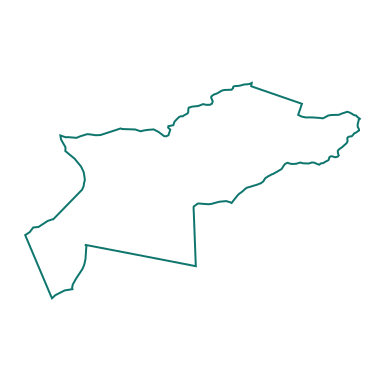 Derriere Dos, Anse-la-Raye, Saint Lucia, rotated 92°
{"feature_id": "8701671B59724395423262", "entity_name": "Derriere Dos", "entity_type": "district", "adm_level": 2, "iso_a3": "LCA", "parent_name": "Saint Lucia", "parent_adm1": "Anse-la-Raye", "projection": "natural_earth1", "projection_center": [-61.009, 13.927], "detail": "fine", "context": "isolated", "style": "outline", "palette": "teal", "viewbox_px": 384, "rotation_deg": 92, "n_neighbors": 0, "source": "geoboundaries", "source_scale": "gbopen_adm2", "svg_char_len": 5220}
<svg xmlns="http://www.w3.org/2000/svg" viewBox="0 0 384 384"><g transform="rotate(92 192 192)"><path d="M80.9,136.1L81.3,136.8L81.7,137.7L81.8,137.8L82.0,138.6L82.1,138.8L82.3,139.6L82.4,140.4L82.4,140.5L82.5,141.4L82.6,141.6L82.6,142.4L82.7,143.1L82.7,143.6L82.8,144.1L83.0,144.5L83.3,145.3L83.4,145.8L83.7,146.6L83.8,147.1L84.1,148.0L84.2,148.7L84.3,149.4L84.4,149.9L84.5,151.0L84.6,151.5L84.6,152.1L84.7,152.8L84.9,153.7L85.1,154.1L85.6,154.5L86.1,154.6L87.0,154.7L87.5,155.2L87.9,155.6L88.4,156.0L88.5,156.8L88.5,157.5L88.5,158.1L88.6,158.7L88.7,159.8L88.7,160.4L88.8,161.2L88.8,161.8L88.9,162.6L88.9,163.1L89.1,164.0L89.3,164.6L89.6,165.6L89.8,165.9L90.1,166.6L90.4,167.0L91.0,167.8L91.2,168.2L91.6,168.8L92.0,169.4L92.5,170.2L92.7,170.6L93.0,171.3L93.2,171.8L93.5,172.6L93.7,173.4L94.2,173.9L94.5,174.4L95.0,175.1L95.4,175.4L95.9,176.0L96.4,176.1L97.3,176.1L97.8,175.8L98.2,175.6L98.9,175.3L99.6,175.0L100.0,174.8L100.6,174.4L101.2,174.6L102.1,174.8L102.6,175.0L102.9,175.1L103.3,175.6L103.8,176.5L104.2,177.0L104.2,177.6L104.3,178.2L104.3,179.4L104.4,179.9L104.3,180.6L104.3,181.2L104.2,182.1L104.1,182.8L103.8,183.4L103.8,183.8L104.1,184.8L104.3,185.2L104.6,185.8L104.9,186.6L105.2,187.3L105.5,187.8L105.7,188.6L105.9,189.2L106.0,190.1L106.1,190.6L106.2,191.5L106.2,192.0L106.4,192.8L106.5,193.5L106.6,194.1L106.7,194.8L106.9,195.6L107.2,196.3L107.4,196.9L107.5,197.0L107.5,197.3L107.9,198.2L108.9,198.5L110.7,198.6L112.1,198.5L113.0,198.9L113.6,199.1L115.2,201.8L116.0,203.2L116.7,203.9L116.7,205.9L117.5,207.5L120.0,209.9L122.3,211.9L125.9,213.0L127.0,217.9L128.5,218.1L130.4,215.9L136.1,217.5L137.2,219.7L137.2,221.7L133.1,227.6L130.8,232.5L131.4,237.8L132.1,242.0L133.1,245.5L131.5,250.9L131.5,259.4L131.5,264.0L131.0,265.6L133.7,272.9L138.3,285.6L138.6,290.4L137.9,296.8L137.9,298.9L140.2,305.6L141.9,309.3L141.5,317.8L141.7,320.2L140.1,325.5L144.1,324.7L151.7,320.0L155.5,320.0L162.8,310.5L170.4,303.8L175.8,301.0L180.5,300.0L183.8,299.5L186.8,300.2L189.9,300.5L193.5,301.9L224.1,329.7L224.2,330.6L226.0,335.3L232.3,344.2L233.0,349.4L235.2,351.0L237.7,352.7L239.7,355.5L240.9,357.2L299.0,330.2L303.1,328.2L299.9,325.0L297.0,319.8L294.8,315.8L293.9,311.2L293.3,308.1L292.0,308.5L290.4,308.2L288.5,307.9L284.7,305.9L282.4,304.7L276.4,301.0L274.4,299.8L272.9,298.9L271.5,298.3L268.6,297.2L262.9,296.1L252.6,295.8L249.2,295.6L248.9,296.3L248.5,297.2L256.5,245.9L266.0,185.6L212.4,189.5L207.6,189.9L206.3,189.7L206.2,189.4L205.9,189.0L205.1,188.0L204.1,186.8L203.3,185.5L203.3,183.7L203.4,181.9L203.4,181.7L203.5,180.2L203.5,178.6L203.6,177.4L203.6,175.5L203.7,175.3L203.2,172.0L202.9,171.2L202.6,170.3L202.3,169.2L201.9,168.0L201.1,165.5L200.7,163.7L200.5,162.4L200.2,159.9L199.9,157.5L200.1,156.8L200.2,156.2L200.6,154.9L200.8,153.8L201.2,152.9L201.6,152.1L201.2,151.7L199.8,150.8L198.5,149.8L196.8,148.6L196.2,148.1L196.0,147.9L194.8,147.1L193.5,146.1L193.0,145.6L192.5,145.1L191.9,144.5L191.4,143.8L190.5,142.6L188.7,140.6L187.5,139.4L186.7,138.6L185.8,137.3L185.7,137.0L185.6,136.8L185.2,135.4L184.3,132.7L183.7,131.1L183.2,129.5L182.7,128.0L182.4,127.2L182.1,126.5L181.3,124.7L180.9,123.5L180.2,122.7L179.2,121.4L178.5,120.8L178.3,120.7L177.1,120.2L176.9,120.0L176.8,119.9L175.6,119.2L175.1,118.5L174.4,117.4L174.3,117.2L174.0,116.9L173.5,116.3L173.3,115.8L173.2,115.6L172.6,114.5L172.1,113.7L171.6,113.0L171.5,112.6L171.4,112.3L171.2,111.8L170.4,110.4L170.1,110.0L169.8,109.5L168.5,107.3L167.0,105.0L166.1,103.5L165.5,103.0L164.2,102.3L162.0,100.9L161.0,100.2L160.9,100.1L160.4,99.5L160.1,98.9L159.8,98.0L159.5,97.3L159.7,96.8L160.2,95.3L160.5,92.8L160.3,90.4L160.3,89.9L160.2,89.7L160.1,88.5L159.8,87.9L159.4,86.8L158.8,84.9L158.8,84.6L158.9,84.1L159.2,83.3L159.4,82.3L159.4,81.3L159.4,80.8L159.5,79.8L159.4,78.9L159.4,78.7L159.5,77.8L159.4,76.9L159.4,76.3L159.0,74.9L158.7,74.2L158.4,73.7L158.3,72.2L158.4,70.9L158.5,70.7L159.2,68.9L160.2,66.2L160.3,65.8L160.2,65.5L159.3,64.7L159.0,64.3L158.7,63.3L158.7,62.5L158.7,62.3L158.3,61.7L158.2,61.3L157.5,60.3L157.2,60.0L155.9,57.5L155.5,57.0L155.2,56.6L153.6,56.1L152.9,56.0L152.6,56.0L152.1,55.4L151.7,54.8L151.4,54.2L151.5,53.5L151.5,53.3L151.6,53.0L151.7,52.1L152.3,50.2L152.0,49.2L151.9,48.6L151.7,48.0L151.4,47.4L150.6,46.9L150.4,46.7L150.3,46.8L149.4,47.1L148.0,47.4L146.8,47.7L146.1,47.7L145.9,47.7L145.2,47.4L144.9,47.2L143.8,46.0L143.0,45.0L142.2,43.8L141.1,42.6L139.3,40.8L138.8,40.2L137.8,39.2L135.8,38.3L135.1,38.4L134.8,38.4L133.4,38.7L132.3,38.5L131.5,37.7L131.2,36.9L130.7,34.3L129.1,32.9L127.7,31.9L127.1,30.5L126.1,29.1L125.4,28.3L124.8,27.3L124.7,27.2L124.1,27.3L123.3,27.4L122.5,27.8L121.3,28.6L120.7,28.7L119.4,28.8L118.9,28.8L116.2,28.3L114.9,28.0L114.0,27.9L113.5,27.3L113.0,26.8L112.4,27.5L111.9,28.5L110.5,30.1L109.8,30.7L109.7,31.8L109.4,32.9L108.7,34.2L108.0,35.3L107.1,37.3L106.4,39.6L108.1,44.2L108.8,46.0L109.4,47.1L109.7,47.7L109.9,50.6L110.1,54.1L110.2,55.7L110.6,57.2L110.7,58.3L112.6,61.5L113.8,63.7L113.7,65.2L113.5,67.3L113.4,70.7L113.3,73.8L113.3,76.7L113.4,78.4L113.5,80.0L113.5,81.3L113.2,82.5L113.1,83.7L112.6,85.5L112.0,86.8L111.2,88.6L100.0,85.2L84.6,135.4L84.4,136.0L84.1,136.6L83.6,136.5L83.4,136.5L82.8,136.5L82.2,136.4L81.6,136.2L81.3,136.1L80.9,136.1Z" fill="none" stroke="#0f766e" stroke-width="2"/></g></svg>